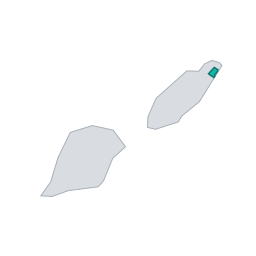 Lepa, Atua, Samoa (highlighted), rotated 302°
{"feature_id": "51752279B44290724889134", "entity_name": "Lepa", "entity_type": "district", "adm_level": 2, "iso_a3": "WSM", "parent_name": "Samoa", "parent_adm1": "Atua", "projection": "orthographic", "projection_center": [-171.529, -14.024], "detail": "fine", "context": "in_parent", "style": "filled", "palette": "teal", "viewbox_px": 256, "rotation_deg": 302, "n_neighbors": 0, "source": "geoboundaries", "source_scale": "gbopen_adm2", "svg_char_len": 1225}
<svg xmlns="http://www.w3.org/2000/svg" viewBox="0 0 256 256"><g transform="rotate(302 128 128)"><path d="M93.7,81.4L111.2,96.5L118.3,116.5L110.8,135.8L94.3,131.1L70.4,135.2L62.4,133.9L43.1,110.4L29.7,99.9L24.3,90.0L41.3,91.0L66.0,84.3L93.7,81.4ZM231.0,174.5L188.3,174.6L167.2,167.4L159.7,167.3L141.6,152.1L138.8,144.2L148.3,138.9L168.0,136.1L207.6,147.6L213.6,157.9L222.8,159.0L229.9,163.4L231.7,170.6L231.0,174.5Z" fill="#d9dde1" stroke="#a8b0b8" stroke-width="1"/><path d="M216.6,173.9L216.7,174.0L216.8,174.1L217.0,174.1L216.9,174.1L217.0,174.0L217.3,174.1L217.6,174.2L217.8,174.1L218.0,174.1L218.3,173.9L218.5,173.7L218.8,173.6L219.0,173.5L219.0,173.4L219.4,173.4L219.5,173.4L219.8,173.5L220.0,173.6L220.3,173.6L220.5,173.7L220.8,173.7L221.0,173.7L221.5,173.7L221.9,173.7L222.0,173.8L222.4,173.8L222.6,173.8L222.8,173.8L223.0,173.8L223.4,173.8L223.6,173.8L223.8,173.7L224.0,173.7L224.4,173.6L224.6,173.5L224.7,173.4L224.9,173.4L225.0,173.4L225.0,172.0L225.1,170.8L225.1,169.1L223.7,168.8L219.8,168.1L218.9,167.9L218.2,167.8L216.7,167.5L216.4,169.9L216.4,170.8L216.4,171.7L216.4,172.6L216.5,172.7L216.5,172.8L216.6,173.0L216.5,173.3L216.5,173.6L216.6,173.9Z" fill="#14b8a6" stroke="#0f766e" stroke-width="1.5"/></g></svg>